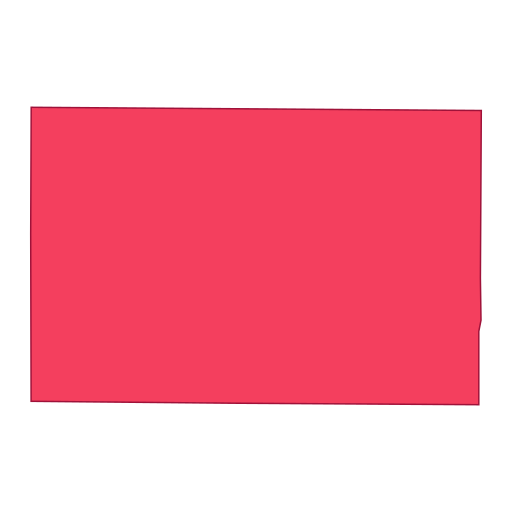 Elk, Kansas, United States of America
{"feature_id": "52423323B41715625130012", "entity_name": "Elk", "entity_type": "district", "adm_level": 2, "iso_a3": "USA", "parent_name": "United States of America", "parent_adm1": "Kansas", "projection": "robinson", "projection_center": [-96.163, 37.453], "detail": "fine", "context": "isolated", "style": "filled", "palette": "rose", "viewbox_px": 512, "rotation_deg": 0, "n_neighbors": 0, "source": "geoboundaries", "source_scale": "gbopen_adm2", "svg_char_len": 249}
<svg xmlns="http://www.w3.org/2000/svg" viewBox="0 0 512 512"><path d="M478.8,404.7L478.8,331.4L481.0,320.2L480.4,278.1L481.3,110.5L31.2,107.3L30.7,233.5L31.1,401.3L232.8,403.2L478.8,404.7Z" fill="#f43f5e" stroke="#9f1239" stroke-width="1.5"/></svg>